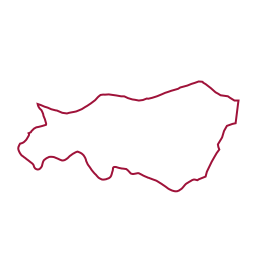 the district of Gouette, Micoud, Saint Lucia, rotated 188°
{"feature_id": "8701671B72439737760091", "entity_name": "Gouette", "entity_type": "district", "adm_level": 2, "iso_a3": "LCA", "parent_name": "Saint Lucia", "parent_adm1": "Micoud", "projection": "orthographic", "projection_center": [-60.939, 13.806], "detail": "fine", "context": "isolated", "style": "outline", "palette": "rose", "viewbox_px": 256, "rotation_deg": 188, "n_neighbors": 0, "source": "geoboundaries", "source_scale": "gbopen_adm2", "svg_char_len": 4091}
<svg xmlns="http://www.w3.org/2000/svg" viewBox="0 0 256 256"><g transform="rotate(188 128 128)"><path d="M51.9,86.0L51.0,86.9L49.3,87.9L44.4,90.7L44.1,93.3L43.8,95.7L42.4,100.1L40.4,106.3L38.5,111.1L36.7,115.5L34.6,119.4L35.9,121.8L36.7,124.3L34.2,130.1L33.5,131.8L32.5,138.4L30.7,143.0L30.3,143.9L25.1,146.6L22.1,147.7L22.4,167.3L22.4,170.6L25.2,170.2L26.4,170.0L31.4,172.2L33.1,173.1L33.5,173.3L40.9,173.3L43.1,174.3L43.8,174.6L46.2,175.5L47.3,176.2L51.5,179.0L57.3,182.3L59.8,183.3L60.6,184.1L61.8,184.1L64.5,183.9L68.1,182.0L71.3,180.5L75.1,178.3L79.3,176.5L81.9,175.4L83.8,173.8L87.8,172.0L90.3,170.9L93.4,169.3L96.1,168.0L99.0,166.2L101.9,164.5L102.9,163.9L104.0,163.3L108.4,161.2L112.0,159.8L113.5,159.8L117.1,157.8L121.1,156.7L123.1,156.8L125.1,156.9L127.7,156.9L132.2,157.6L136.0,158.8L137.9,158.6L139.0,158.4L144.0,158.6L151.7,158.6L155.5,157.8L156.7,157.7L157.4,157.6L159.8,156.9L161.7,154.9L162.5,153.8L164.4,151.0L165.7,149.7L166.1,149.3L168.3,147.1L169.1,146.4L171.1,144.6L172.3,143.6L172.9,143.2L176.3,140.3L179.5,138.4L181.6,137.2L183.5,136.5L187.1,135.3L188.5,134.8L190.5,133.9L193.4,133.9L195.2,133.9L200.8,135.4L202.2,135.4L206.6,135.9L210.4,137.0L213.6,137.5L217.6,138.6L220.8,139.2L220.3,137.9L219.7,136.8L218.2,135.0L216.2,133.6L215.0,131.8L214.0,130.1L213.4,128.3L211.5,125.1L209.9,121.5L209.6,120.6L209.7,119.7L213.6,117.9L216.8,116.6L218.9,115.9L221.0,114.3L223.2,111.4L223.6,110.3L225.7,109.0L225.5,108.8L225.2,108.5L225.1,107.8L225.1,107.2L225.2,106.8L225.5,106.0L226.2,104.3L226.7,103.1L227.2,102.1L227.9,101.1L228.1,100.9L228.8,99.9L229.9,98.9L230.7,98.4L231.2,98.1L232.7,97.5L232.9,97.0L233.2,96.2L233.6,94.8L233.9,93.7L233.8,93.2L233.8,92.2L233.3,90.9L232.6,89.7L231.6,88.2L231.2,87.8L230.7,87.2L229.6,86.1L228.0,85.3L226.5,84.4L225.6,84.0L224.2,83.1L222.5,82.2L220.6,81.1L220.3,80.9L219.4,80.4L218.0,79.6L217.6,79.4L216.4,78.2L215.6,76.5L215.4,76.2L214.3,75.0L213.4,74.6L212.9,74.5L212.1,74.3L211.3,74.4L210.3,74.8L209.4,75.6L208.9,76.4L208.5,76.9L207.9,78.5L207.8,79.8L207.6,81.5L207.4,82.7L207.2,83.3L206.9,84.2L206.0,85.3L205.7,85.5L205.1,86.2L204.5,86.7L204.0,87.1L203.2,87.6L202.5,88.1L202.0,88.4L201.7,88.5L200.1,88.8L198.5,88.9L197.9,88.9L196.8,88.8L195.8,88.5L193.4,87.9L192.4,87.6L191.8,87.4L190.8,87.1L189.4,86.8L189.1,86.7L188.7,86.7L187.5,86.9L186.1,87.5L185.8,87.8L185.4,88.1L184.5,88.8L184.2,89.1L184.0,89.4L183.5,89.8L182.4,91.3L181.7,92.2L180.7,93.1L180.3,93.5L179.5,94.3L178.7,95.0L178.1,95.4L177.4,96.0L176.8,96.4L176.4,96.7L175.4,97.3L174.9,97.4L174.6,97.6L174.2,97.5L173.7,97.4L171.6,96.8L170.2,96.2L169.0,95.4L168.2,94.8L168.0,94.6L167.0,93.4L166.5,92.8L166.1,92.2L165.4,91.0L165.1,90.3L164.8,89.5L164.5,89.0L163.9,88.1L162.9,86.5L162.2,85.7L161.7,85.2L161.0,84.5L160.5,84.0L159.8,83.2L159.5,82.9L158.0,81.2L156.9,80.2L155.7,79.1L154.5,78.1L153.2,77.2L152.7,76.7L151.4,75.6L150.4,74.8L150.1,74.6L148.4,73.9L147.7,73.7L146.8,73.4L145.7,73.4L144.6,73.6L143.9,73.8L142.6,74.2L142.0,74.6L140.9,75.1L140.5,75.4L139.9,75.7L138.7,76.9L138.3,77.8L138.1,78.2L138.0,78.6L137.7,80.2L137.5,82.0L137.2,83.7L137.2,84.6L137.2,84.9L137.2,85.4L137.3,86.2L137.2,86.4L136.8,87.2L135.7,87.6L134.3,87.7L133.3,87.5L131.3,87.2L130.0,87.1L129.4,87.1L128.6,87.0L127.3,87.1L125.6,87.1L125.0,87.1L124.0,87.1L122.8,86.4L121.9,85.8L120.7,84.8L120.4,84.6L119.4,83.7L118.5,83.2L118.0,83.2L117.2,83.1L116.3,83.2L114.7,83.7L113.9,84.0L113.5,84.1L113.0,84.3L112.5,84.5L111.6,84.7L110.9,84.7L110.5,84.5L109.8,84.3L108.8,84.0L108.5,83.8L107.7,83.6L106.5,83.1L104.2,82.4L102.2,81.9L101.8,81.7L101.2,81.6L100.3,81.5L99.9,81.4L98.8,81.1L98.1,81.0L97.4,80.8L96.0,80.5L94.6,80.2L93.5,80.0L92.4,79.7L91.2,79.2L89.2,78.3L89.0,78.2L87.8,77.7L86.3,77.0L85.6,76.6L85.1,76.4L84.1,75.9L83.1,75.4L82.7,75.2L81.2,74.4L80.2,73.8L78.8,73.2L78.4,73.0L77.9,72.9L76.0,72.3L75.6,72.2L74.2,72.0L73.0,71.9L72.3,71.9L71.1,72.1L70.6,72.2L69.3,72.9L69.0,73.0L68.4,73.6L67.1,74.7L66.2,75.6L65.0,77.4L64.1,78.9L63.1,80.4L62.1,81.4L61.4,81.9L60.5,82.7L59.5,83.5L58.7,84.1L57.4,85.2L56.0,86.0L55.2,86.2L54.5,86.2L53.3,86.1L52.6,86.0L51.9,86.0Z" fill="none" stroke="#9f1239" stroke-width="2"/></g></svg>